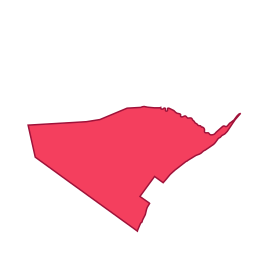 SVG path tracing the border of Trarza, rotated 216°
{"feature_id": "MRT-2788", "entity_name": "Trarza", "entity_type": "Region", "adm_level": 1, "iso_a3": "MRT", "parent_name": "Mauritania", "parent_adm1": "", "projection": "robinson", "projection_center": [-15.679, 17.405], "detail": "fine", "context": "isolated", "style": "filled", "palette": "rose", "viewbox_px": 256, "rotation_deg": 216, "n_neighbors": 0, "source": "natural_earth", "source_scale": "10m", "svg_char_len": 1947}
<svg xmlns="http://www.w3.org/2000/svg" viewBox="0 0 256 256"><g transform="rotate(216 128 128)"><path d="M113.6,163.9L113.0,163.2L112.5,162.9L111.5,163.3L111.1,163.7L110.8,164.1L110.7,164.8L110.6,165.1L110.4,165.4L110.1,165.6L109.8,165.8L109.5,165.8L109.2,165.7L108.7,165.2L108.4,164.7L108.0,164.2L107.4,164.0L106.8,164.2L106.4,164.7L106.3,165.3L106.6,165.9L107.3,166.7L107.4,167.0L107.4,167.4L107.2,167.6L107.0,167.8L106.1,168.2L101.5,169.0L100.8,169.0L98.8,168.7L97.4,168.7L96.7,168.9L94.9,169.7L94.3,169.9L93.7,169.9L93.2,169.7L92.9,169.2L92.6,168.7L92.2,168.3L91.6,168.3L91.0,168.6L90.4,169.1L89.4,170.8L89.0,171.2L88.5,171.5L87.9,171.5L86.0,171.1L85.4,171.2L84.9,171.6L83.9,172.5L83.3,172.9L82.7,173.2L82.0,173.2L81.4,173.0L80.4,172.5L80.0,172.4L78.6,172.3L76.7,171.6L76.0,171.6L75.0,171.8L74.6,171.8L73.1,171.4L72.5,171.4L70.8,172.3L70.5,172.3L70.2,172.3L69.7,172.1L69.3,172.0L69.0,172.0L68.7,172.2L68.4,172.5L67.4,172.6L66.4,172.5L65.5,172.0L64.8,171.2L64.3,170.3L64.0,170.0L63.6,169.7L63.1,169.6L62.5,169.7L62.1,169.9L60.8,170.9L60.4,171.2L59.9,171.3L59.4,171.2L58.0,170.9L57.0,171.1L56.1,171.8L55.3,172.6L54.7,173.5L54.4,174.4L54.2,176.4L52.4,184.7L52.2,185.2L52.0,185.7L51.3,186.2L49.7,186.6L49.1,187.2L48.8,188.2L48.6,191.5L47.9,193.5L47.3,195.7L47.0,196.2L46.9,201.6L46.5,204.3L45.5,206.1L46.2,197.8L46.1,193.5L45.7,183.7L46.1,180.5L46.4,179.6L47.6,177.1L47.9,174.6L48.3,173.9L48.8,172.6L48.8,167.4L49.1,165.2L52.5,155.6L53.4,153.9L54.1,150.6L54.8,149.0L56.9,145.8L60.5,137.1L60.8,135.9L61.4,135.0L65.4,121.1L66.6,115.2L67.0,108.7L67.4,104.4L78.0,104.4L78.1,90.8L78.1,79.6L66.6,79.8L66.2,79.7L65.8,75.2L65.3,73.4L63.1,68.1L62.1,62.0L61.4,60.1L61.8,58.9L61.7,57.6L60.1,50.8L59.8,50.1L142.7,49.9L144.4,49.9L185.9,49.9L210.5,71.6L177.2,98.9L165.3,108.7L155.7,118.3L140.4,143.5L130.0,152.0L129.8,152.2L128.9,153.6L127.6,154.9L124.3,156.4L118.4,159.9L114.3,162.9L113.6,163.9Z" fill="#f43f5e" stroke="#9f1239" stroke-width="1.5"/></g></svg>